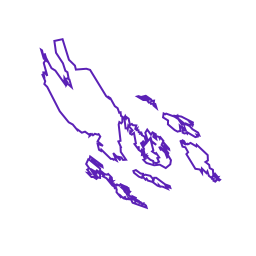 outline of Alstahaug nor, Nordland, Norway, rotated 281°
{"feature_id": "86288312B9312616634750", "entity_name": "Alstahaug nor", "entity_type": "district", "adm_level": 2, "iso_a3": "NOR", "parent_name": "Norway", "parent_adm1": "Nordland", "projection": "albers", "projection_center": [12.459, 65.887], "detail": "fine", "context": "isolated", "style": "outline", "palette": "violet", "viewbox_px": 256, "rotation_deg": 281, "n_neighbors": 0, "source": "geoboundaries", "source_scale": "gbopen_adm2", "svg_char_len": 5868}
<svg xmlns="http://www.w3.org/2000/svg" viewBox="0 0 256 256"><g transform="rotate(281 128 128)"><path d="M199.4,39.1L188.1,43.0L179.1,51.8L172.2,55.6L171.2,57.9L166.0,60.0L165.1,58.9L164.4,61.2L157.3,64.8L160.7,59.1L159.1,59.6L158.2,59.2L160.4,58.5L161.2,59.8L165.2,56.0L159.7,57.1L170.5,45.7L172.1,41.5L178.7,36.2L177.8,36.3L178.6,34.7L179.2,35.3L185.4,31.9L181.9,33.4L183.3,32.1L180.8,33.1L181.8,32.4L180.9,31.8L187.8,28.8L188.2,27.8L179.2,32.5L180.7,31.8L180.5,33.3L179.6,34.0L180.4,33.2L177.3,34.4L178.3,33.8L175.7,32.9L163.8,38.8L166.7,35.6L166.4,34.3L160.5,36.7L164.7,33.3L158.2,37.8L155.2,37.5L152.9,40.9L131.4,57.8L122.3,68.7L120.9,73.1L116.2,78.8L116.8,79.0L114.6,83.6L116.2,86.5L114.3,90.6L114.8,91.8L112.8,91.8L115.2,93.8L114.2,95.0L116.0,96.6L115.7,99.2L116.4,100.3L114.3,102.4L109.1,100.7L105.7,106.8L106.6,101.2L101.1,103.7L100.3,105.9L101.7,105.9L94.4,117.0L94.8,118.9L94.1,119.8L94.7,120.6L93.9,122.9L100.6,118.3L94.7,126.7L97.9,124.6L97.8,127.1L95.7,129.2L96.5,132.1L103.1,125.5L107.9,124.3L107.0,125.3L113.0,121.1L114.0,123.1L129.6,118.2L132.2,118.4L131.3,120.5L132.9,121.3L136.9,120.5L136.0,122.9L127.2,125.7L127.6,127.3L126.5,128.0L130.5,127.8L126.5,133.0L124.9,132.0L125.4,130.8L122.9,131.1L122.2,133.0L124.3,134.8L114.4,138.7L113.5,137.4L109.4,141.9L112.1,142.1L108.7,142.6L107.0,145.9L109.1,145.7L107.5,148.4L110.4,147.2L109.9,148.2L115.5,143.7L116.4,144.7L113.7,147.1L115.7,148.2L118.3,144.6L115.9,148.4L116.6,148.9L122.7,146.0L123.6,143.0L125.1,142.6L124.7,141.1L126.1,141.4L125.9,139.3L127.8,138.7L127.5,137.0L129.1,137.1L128.2,136.4L128.5,135.3L132.1,135.7L131.7,132.3L132.7,131.0L131.2,129.4L137.3,126.8L138.3,124.7L137.1,124.4L139.2,123.0L137.1,122.4L138.6,118.8L142.0,117.7L141.3,116.5L145.5,114.0L146.9,110.9L153.9,105.0L154.6,103.3L153.6,103.5L155.1,100.5L177.8,79.7L178.2,75.8L175.4,65.7L179.1,64.0L183.7,57.0L202.7,46.8L199.4,39.1ZM125.8,181.7L120.1,185.1L120.0,188.0L115.7,191.6L113.5,190.3L100.8,201.9L101.0,206.4L98.0,209.3L102.2,208.4L98.7,213.6L100.6,214.2L96.5,216.5L95.1,219.2L96.8,220.4L94.1,220.4L94.2,222.0L92.6,221.9L92.0,223.9L94.7,225.7L93.9,227.5L94.8,228.2L95.6,226.1L95.1,225.1L96.9,225.9L96.0,223.7L97.1,221.9L98.0,221.9L97.8,224.5L99.8,222.1L97.8,220.8L103.2,219.3L104.2,215.9L107.3,214.7L109.4,210.5L111.4,212.6L116.6,211.4L124.7,198.6L123.0,198.5L125.3,192.2L123.7,190.4L124.0,188.6L123.1,190.0L123.5,188.5L122.8,187.4L123.9,184.9L125.0,185.0L124.7,186.4L125.8,185.5L126.5,183.1L125.0,184.9L124.1,184.1L125.8,181.7ZM106.5,146.6L104.3,146.8L104.8,147.6L103.3,148.8L104.4,150.2L102.5,149.4L101.3,151.1L99.7,149.1L97.2,152.7L96.4,160.8L98.1,166.1L95.9,172.7L100.4,176.4L104.6,176.3L108.1,173.2L106.6,172.0L111.0,169.2L113.4,165.4L112.9,164.3L114.9,162.7L115.3,163.4L112.4,169.0L109.4,172.1L111.0,172.4L115.0,168.0L114.5,169.5L115.8,169.4L114.7,172.5L115.5,172.2L120.0,166.4L115.1,167.9L117.7,164.2L122.1,165.2L125.0,161.7L123.6,161.3L125.1,160.3L125.5,156.6L122.6,157.8L124.2,154.5L126.5,154.5L125.6,156.4L127.1,156.5L128.4,152.9L125.8,151.8L130.1,147.2L126.6,145.9L118.9,150.0L122.8,152.1L119.7,153.6L116.9,158.9L119.0,153.3L111.0,157.1L109.6,156.1L108.0,159.8L108.8,160.4L105.0,164.3L104.0,162.5L100.8,164.9L98.8,162.5L99.1,160.8L98.4,159.8L100.4,159.0L101.0,156.1L103.5,151.6L104.3,152.2L106.5,146.6ZM89.7,95.0L84.7,93.8L81.1,97.6L79.3,95.9L75.9,100.0L76.0,97.1L72.9,101.5L73.3,103.4L71.7,107.5L80.8,98.7L78.4,105.6L77.6,105.7L78.7,102.0L77.9,101.9L73.6,108.4L73.7,110.1L76.9,109.5L80.8,104.7L77.0,113.4L75.8,112.5L74.6,116.4L68.6,123.6L67.4,127.1L66.1,125.8L66.6,127.3L65.7,128.6L62.8,129.0L58.1,134.8L61.3,131.7L58.1,137.0L58.0,138.4L59.1,137.3L59.7,138.2L58.0,139.4L58.3,143.2L59.4,142.2L58.7,144.4L55.5,146.8L53.3,161.5L55.2,160.5L56.2,158.8L55.9,157.0L56.9,157.3L56.4,155.6L57.3,154.9L56.7,153.7L57.6,153.8L57.4,150.7L57.6,151.1L58.2,150.4L56.8,149.2L58.4,149.0L59.4,144.6L60.1,145.9L58.5,148.6L58.2,153.3L59.6,148.7L60.9,149.0L61.7,145.9L60.2,146.8L62.8,138.9L62.3,141.9L64.1,139.9L63.7,138.9L64.6,137.3L66.2,135.8L65.2,137.2L66.2,136.9L66.0,139.8L64.3,141.4L65.9,142.2L66.4,138.2L68.2,135.6L67.0,138.9L67.7,139.0L69.1,134.8L66.2,136.4L68.5,132.7L68.9,133.2L68.0,134.7L69.4,134.0L69.5,132.2L70.0,133.4L68.0,140.4L69.1,139.9L69.4,136.8L70.0,137.3L70.6,133.9L71.5,133.9L70.7,133.5L71.4,131.4L69.8,130.6L70.4,128.2L69.8,128.2L70.7,127.8L69.5,127.7L70.2,124.6L71.8,124.1L70.1,124.3L71.0,121.8L72.8,123.2L72.2,121.4L74.4,119.1L73.4,122.3L75.9,119.0L74.6,122.0L76.2,121.5L79.1,117.3L78.2,116.4L78.3,113.8L80.4,109.9L80.0,108.9L82.8,108.4L88.4,98.0L89.8,98.5L86.7,104.1L84.8,110.4L86.4,109.7L92.8,96.3L89.3,96.2L89.7,95.0ZM149.1,160.2L145.1,160.4L143.0,165.9L139.2,166.5L134.9,174.2L133.9,177.4L135.1,179.6L134.3,180.3L140.0,178.5L138.6,180.7L139.3,181.0L137.3,182.3L139.6,183.2L136.4,185.3L136.2,182.1L133.9,182.5L133.4,184.4L134.3,186.5L133.8,187.2L135.0,187.3L131.9,195.9L132.9,198.0L134.5,196.7L134.3,199.4L136.8,197.7L139.1,191.5L141.7,188.1L142.7,184.2L141.8,182.4L142.8,179.7L142.2,179.7L146.4,175.6L147.8,172.0L148.5,172.2L142.9,182.7L143.5,183.5L142.8,186.6L143.4,190.0L142.7,190.9L143.9,191.1L145.2,188.4L145.6,191.4L149.4,178.2L149.3,174.9L147.9,175.1L149.4,174.4L148.5,174.0L149.4,173.7L148.6,171.8L149.1,170.1L148.0,171.6L149.4,162.7L148.6,162.0L149.1,160.2ZM86.8,141.5L85.2,142.4L82.3,148.0L81.7,151.1L83.3,151.3L80.6,155.1L81.9,155.9L80.2,157.5L79.7,162.5L82.7,162.3L85.3,159.1L85.5,153.9L83.7,151.5L85.9,151.5L85.7,149.1L88.2,143.8L86.8,141.5ZM84.1,163.2L79.4,163.0L77.0,168.0L76.7,169.9L77.6,169.5L76.8,170.6L77.0,173.3L75.9,178.4L77.9,176.6L77.4,180.9L79.0,180.0L79.7,175.3L84.5,165.2L84.1,163.2ZM161.3,132.3L160.7,131.1L158.4,137.6L159.0,141.2L156.9,143.6L157.6,145.1L156.1,145.9L156.7,148.3L155.0,148.7L153.0,152.2L156.8,150.2L157.2,148.4L159.8,148.3L158.9,145.9L160.4,145.3L163.0,139.3L162.2,137.6L160.2,144.1L159.7,143.1L161.3,132.3Z" fill="none" stroke="#5b21b6" stroke-width="2"/></g></svg>